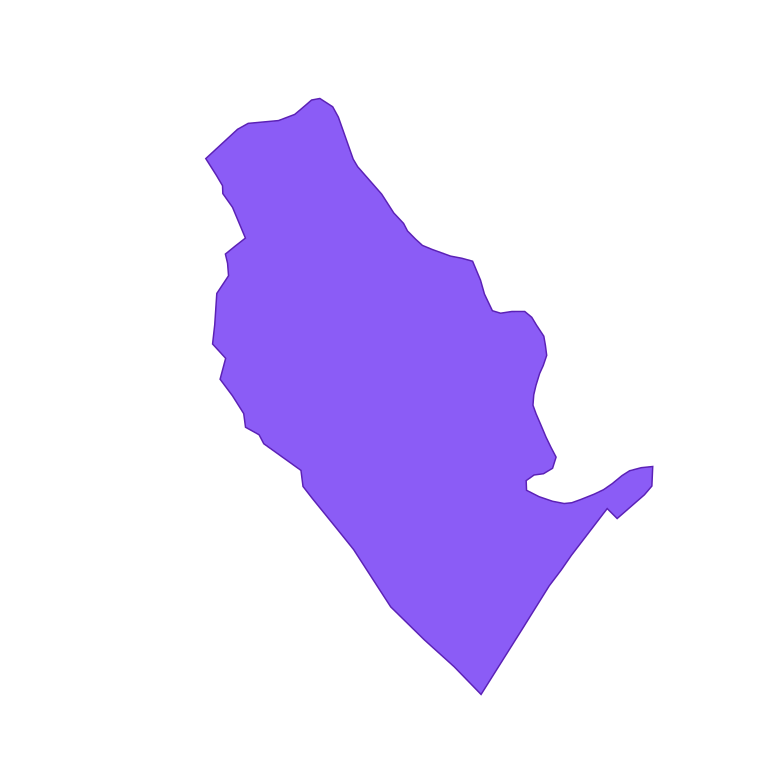 the district of Estrela, Rio Grande do Sul, Brazil, rotated 126°
{"feature_id": "56859067B89711005984674", "entity_name": "Estrela", "entity_type": "district", "adm_level": 2, "iso_a3": "BRA", "parent_name": "Brazil", "parent_adm1": "Rio Grande do Sul", "projection": "robinson", "projection_center": [-51.937, -29.513], "detail": "fine", "context": "isolated", "style": "filled", "palette": "violet", "viewbox_px": 768, "rotation_deg": 126, "n_neighbors": 0, "source": "geoboundaries", "source_scale": "gbopen_adm2", "svg_char_len": 1335}
<svg xmlns="http://www.w3.org/2000/svg" viewBox="0 0 768 768"><g transform="rotate(126 384 384)"><path d="M292.8,118.1L300.5,126.7L309.8,134.3L318.2,137.6L330.5,140.8L340.5,144.3L349.7,149.3L361.9,157.0L369.7,162.3L374.8,168.0L379.8,178.7L384.0,192.3L386.2,206.2L378.6,212.2L369.4,209.1L362.8,202.2L353.1,198.1L342.0,201.8L337.1,211.7L331.7,221.8L325.1,232.7L318.7,243.5L313.6,251.0L304.7,256.5L295.9,260.2L283.9,264.3L275.5,266.0L265.2,269.2L257.9,276.1L251.4,282.8L246.8,295.1L243.2,303.6L242.6,312.8L250.2,323.2L258.2,331.3L261.0,339.4L252.2,355.6L243.3,366.9L232.6,384.5L236.5,394.9L241.4,405.3L246.8,424.0L249.3,434.4L248.3,443.4L246.4,454.9L242.6,462.5L239.9,476.6L231.8,497.4L223.7,533.0L220.2,541.1L194.9,577.8L189.9,588.4L190.7,603.7L196.8,609.5L209.1,612.4L218.4,614.7L232.9,624.2L253.0,647.1L264.0,652.2L306.4,660.7L313.6,642.5L318.5,631.2L324.7,626.3L330.1,610.4L347.4,581.9L360.4,585.6L372.1,588.7L378.3,581.5L387.8,573.4L409.0,572.5L435.5,555.8L452.4,546.2L456.3,527.2L476.5,519.4L482.6,499.7L490.4,480.1L500.4,470.6L498.5,455.2L503.0,446.1L502.7,400.4L514.5,389.3L518.9,374.1L529.5,334.4L535.8,311.3L560.4,247.5L567.3,200.8L571.5,161.1L578.1,123.0L501.1,128.1L450.0,131.7L430.4,131.3L412.4,131.7L353.6,130.2L355.8,116.3L320.6,108.2L309.1,107.3L292.8,118.1Z" fill="#8b5cf6" stroke="#5b21b6" stroke-width="1.5"/></g></svg>